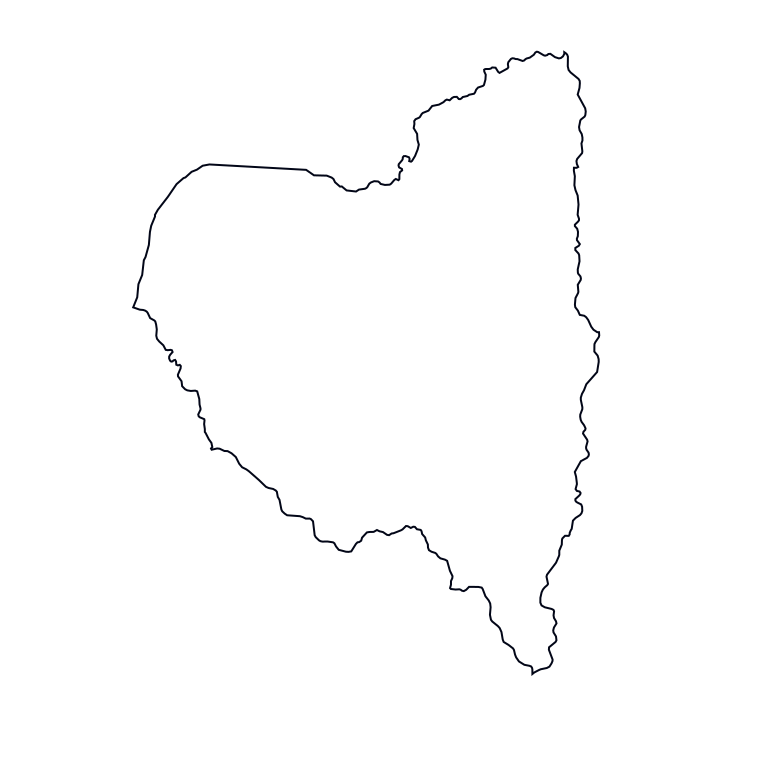 outline of San Martín Jilotepeque, Chimaltenango, Guatemala, rotated 82°
{"feature_id": "79465075B81292522353259", "entity_name": "San Martín Jilotepeque", "entity_type": "district", "adm_level": 2, "iso_a3": "GTM", "parent_name": "Guatemala", "parent_adm1": "Chimaltenango", "projection": "albers", "projection_center": [-90.767, 14.829], "detail": "fine", "context": "isolated", "style": "outline", "palette": "ink", "viewbox_px": 768, "rotation_deg": 82, "n_neighbors": 0, "source": "geoboundaries", "source_scale": "gbopen_adm2", "svg_char_len": 6120}
<svg xmlns="http://www.w3.org/2000/svg" viewBox="0 0 768 768"><g transform="rotate(82 384 384)"><path d="M406.6,568.1L407.6,567.5L414.5,565.1L418.3,563.1L422.6,562.8L423.8,564.3L425.1,563.8L424.6,558.2L425.2,555.8L428.1,551.4L428.7,548.2L431.4,544.6L435.7,540.9L442.8,538.5L446.7,536.1L449.4,532.2L451.5,530.0L461.7,521.2L469.4,515.2L470.9,512.8L472.5,508.4L474.4,506.0L475.8,505.1L481.0,504.9L484.2,503.6L494.0,503.1L495.9,502.5L498.5,500.4L500.5,498.2L503.2,485.7L504.5,483.0L506.4,480.2L506.9,476.4L507.6,475.2L510.1,473.4L524.1,473.7L526.2,472.9L529.8,470.1L530.8,468.8L531.5,466.9L532.1,461.9L533.7,456.5L534.8,455.3L538.2,454.1L541.9,451.9L544.8,445.0L545.3,442.5L545.2,439.7L538.5,434.1L537.1,432.3L537.1,430.6L536.0,428.4L533.1,427.1L528.6,421.6L528.5,419.1L529.0,414.8L527.6,411.3L529.2,409.0L530.5,405.6L533.8,402.0L534.4,400.0L533.1,397.3L533.1,395.3L531.3,387.7L530.6,385.9L527.7,382.0L528.1,380.3L530.3,377.5L529.4,374.9L529.8,373.3L532.4,371.6L533.6,368.0L535.0,367.3L537.9,367.1L541.7,364.6L544.6,364.3L549.0,362.9L552.1,363.2L554.8,362.6L556.7,360.3L558.4,356.8L559.4,355.8L562.3,354.4L564.5,352.4L566.4,348.1L567.9,346.1L578.2,344.7L583.8,342.9L585.8,343.4L588.5,345.1L592.1,345.6L595.3,347.0L596.3,346.3L597.5,341.7L597.8,337.9L598.4,336.7L599.6,335.5L600.2,333.8L599.2,331.2L596.7,328.0L598.1,318.8L599.2,315.6L600.8,314.8L608.3,313.1L613.0,310.4L616.1,309.4L619.9,309.5L627.3,311.2L632.3,310.9L634.2,309.9L639.7,304.8L641.8,303.4L646.0,302.2L653.5,302.0L656.1,301.4L659.8,296.9L663.8,293.0L665.5,292.3L670.1,291.9L673.1,291.2L677.5,289.0L681.6,284.1L683.3,279.2L684.2,277.6L685.7,276.9L687.3,276.8L691.8,277.4L690.6,275.4L688.8,270.3L688.3,268.5L687.9,262.3L686.9,259.5L684.0,257.0L681.8,255.7L680.3,255.4L670.1,257.7L667.7,257.2L663.3,250.0L661.8,248.9L657.9,248.8L653.6,250.7L651.5,250.7L648.8,249.6L645.1,246.5L642.9,246.7L639.4,248.2L636.7,248.3L632.7,247.2L631.3,247.6L630.1,249.3L627.5,255.8L625.2,258.8L622.3,259.6L617.5,258.9L612.2,256.9L609.6,255.2L607.7,253.1L605.9,250.3L604.8,249.4L597.4,249.9L595.5,249.1L584.9,238.5L578.9,234.8L577.6,234.2L573.4,233.6L567.8,230.3L563.3,229.5L561.8,228.9L559.5,225.9L560.1,222.2L558.8,221.1L557.2,220.8L554.9,219.4L553.6,218.3L545.6,215.9L543.3,212.9L541.1,208.2L539.6,206.5L537.3,205.3L533.1,204.9L530.7,205.5L528.3,209.0L527.3,210.1L526.1,210.7L524.6,210.5L521.5,206.0L520.5,205.0L519.3,204.5L517.7,205.3L516.7,207.9L514.7,208.9L510.0,206.9L508.5,206.8L502.4,206.7L497.7,207.3L487.8,199.8L485.4,193.3L483.6,191.4L482.1,190.9L480.4,191.0L477.2,192.6L475.6,192.8L474.3,192.6L469.2,190.4L467.4,190.6L460.8,193.8L459.0,193.1L457.4,191.1L456.0,190.6L452.7,191.6L449.0,193.6L446.8,194.2L443.7,194.3L441.6,193.9L436.5,191.1L434.6,190.8L427.1,191.3L424.9,191.0L421.3,189.3L418.0,186.8L412.4,183.7L401.8,171.3L392.0,168.3L389.2,168.0L385.6,168.5L381.2,171.2L375.3,170.3L373.7,170.0L371.9,168.8L367.5,164.8L365.9,164.1L362.6,163.9L362.4,165.6L359.4,169.0L356.1,170.8L349.0,172.9L346.0,174.5L344.3,176.2L342.8,180.5L338.3,181.8L334.6,183.9L332.0,183.9L325.5,182.4L321.0,179.2L319.8,178.7L312.7,178.3L308.3,174.7L306.8,174.3L304.8,174.5L301.7,176.4L300.5,176.5L297.5,176.2L289.7,173.3L283.7,172.8L281.9,173.2L278.0,175.9L275.9,175.6L274.2,171.8L272.7,170.6L268.4,172.9L267.0,172.8L264.6,171.5L260.3,170.7L257.1,171.1L254.2,173.0L252.8,172.8L250.0,169.0L248.9,168.1L247.4,167.9L243.4,168.7L233.4,166.4L224.3,166.0L218.6,167.4L213.7,167.8L204.8,166.1L199.2,166.3L196.3,165.8L196.7,163.1L196.1,161.5L193.0,162.4L190.0,162.4L188.0,161.4L182.9,155.7L181.2,155.2L173.3,155.0L170.5,153.6L167.5,153.2L164.0,153.4L160.0,155.0L156.7,155.1L150.3,152.9L149.4,152.0L147.1,148.1L145.7,147.2L142.2,146.3L139.0,146.4L124.3,151.9L118.0,149.2L113.5,148.2L111.1,148.0L109.0,148.9L101.4,155.9L98.7,157.5L95.0,157.8L85.4,156.3L83.3,156.8L81.9,157.8L80.5,159.3L82.2,159.5L84.5,161.2L85.8,163.5L85.9,165.5L84.1,169.2L80.2,173.3L80.1,175.3L81.0,176.6L81.3,178.8L80.7,180.1L76.7,185.1L76.2,186.4L76.8,188.0L78.8,189.8L81.1,194.2L81.5,197.4L82.0,198.7L83.1,200.1L83.4,201.8L80.8,206.7L80.5,208.5L79.7,209.9L79.3,211.6L79.8,213.1L82.6,216.1L84.4,216.8L87.6,216.8L88.7,217.7L92.0,226.3L90.8,227.5L86.3,229.5L85.6,232.8L86.5,234.3L86.7,235.9L86.2,239.9L86.7,241.1L88.6,241.2L91.9,240.2L96.7,241.2L101.8,243.4L102.6,244.6L103.5,249.6L105.4,251.8L108.0,253.3L109.1,254.5L109.4,259.4L110.4,261.3L110.8,266.1L112.0,267.6L112.5,269.1L112.2,270.3L109.8,271.9L109.5,274.8L110.1,276.6L112.2,279.5L111.1,282.2L111.6,283.7L113.2,285.9L115.0,290.7L115.4,297.6L119.5,301.9L121.0,307.9L122.0,309.2L124.6,311.3L125.2,312.3L126.2,315.9L127.9,317.5L130.8,317.7L134.7,319.0L140.9,316.4L147.0,316.9L151.8,316.2L156.4,318.0L162.5,321.5L167.0,325.2L167.6,326.3L166.8,328.0L164.6,327.3L163.0,327.7L161.3,330.9L161.1,332.7L162.1,333.8L163.9,334.2L164.9,334.9L168.4,338.8L169.7,339.2L171.6,338.9L173.6,336.3L175.0,336.3L176.4,338.7L178.7,339.6L183.3,340.3L184.2,341.3L182.6,343.8L183.4,345.4L186.6,349.0L187.4,350.6L187.0,355.4L185.4,359.5L183.8,360.4L182.6,361.7L181.8,365.5L182.6,368.9L183.6,370.7L186.8,373.2L187.5,374.2L188.0,375.6L188.0,381.7L189.5,384.9L187.1,394.1L182.5,398.3L182.4,400.1L177.4,404.4L174.0,405.5L172.3,407.1L169.7,411.7L167.6,424.3L161.1,431.3L142.3,526.3L142.6,533.2L145.7,539.4L147.1,545.0L151.8,551.9L152.2,553.9L157.2,561.6L168.6,572.0L180.0,583.7L184.7,587.3L186.2,587.4L194.9,592.5L200.8,594.6L213.6,597.5L225.1,602.5L228.0,604.6L242.4,608.3L251.0,613.3L263.8,616.3L273.2,621.7L276.4,615.5L277.2,612.1L278.1,610.3L279.3,608.9L280.7,608.1L286.2,606.4L289.1,602.6L290.2,601.8L293.3,601.4L298.3,601.4L304.5,602.8L307.6,602.5L310.6,600.7L315.0,597.1L319.8,595.4L320.4,593.5L320.5,590.5L321.1,589.3L322.9,588.9L325.3,591.7L326.9,592.9L328.8,593.2L331.1,592.6L332.2,591.6L332.2,590.3L331.3,589.1L331.1,587.5L332.7,586.8L336.0,587.0L336.9,585.5L336.6,583.6L338.0,582.7L340.3,583.3L346.1,586.8L347.8,586.9L353.1,584.1L358.1,584.2L361.5,581.7L362.9,579.7L364.0,576.3L364.3,571.9L365.3,570.0L373.2,569.0L378.7,569.5L382.6,569.1L383.9,569.3L388.3,572.2L390.2,572.0L391.3,571.1L393.8,566.9L395.0,566.8L398.7,567.7L403.7,567.7L406.6,568.1Z" fill="none" stroke="#020617" stroke-width="2"/></g></svg>